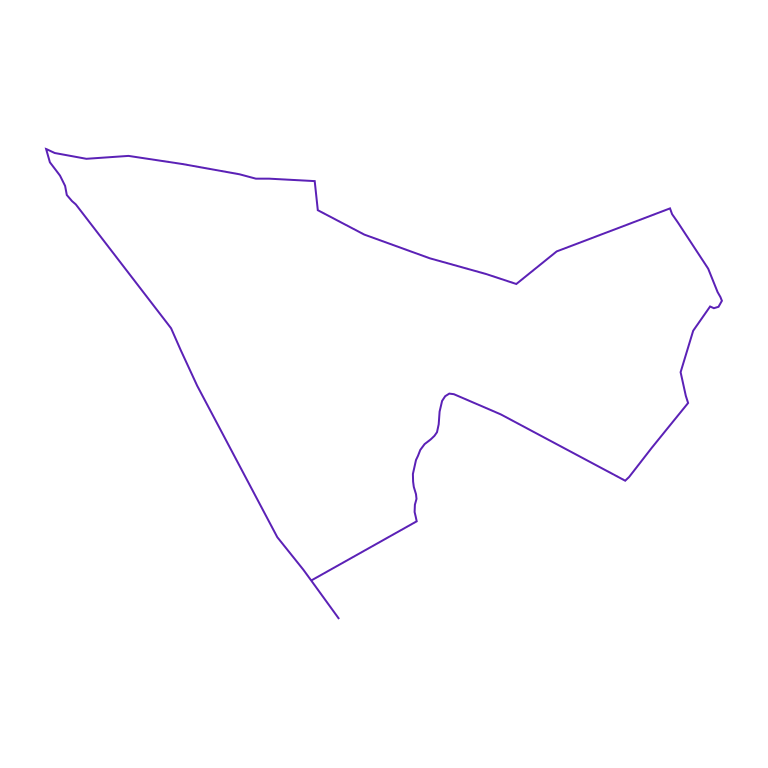 outline of Al Mafaza, Gedarif, Sudan
{"feature_id": "16777658B27903182599838", "entity_name": "Al Mafaza", "entity_type": "district", "adm_level": 2, "iso_a3": "SDN", "parent_name": "Sudan", "parent_adm1": "Gedarif", "projection": "equal_earth", "projection_center": [34.504, 13.606], "detail": "fine", "context": "isolated", "style": "outline", "palette": "violet", "viewbox_px": 768, "rotation_deg": 0, "n_neighbors": 0, "source": "geoboundaries", "source_scale": "gbopen_adm2", "svg_char_len": 1004}
<svg xmlns="http://www.w3.org/2000/svg" viewBox="0 0 768 768"><path d="M339.1,619.0L311.2,580.5L416.7,521.3L415.6,516.2L414.6,512.0L414.9,504.7L416.5,498.9L416.0,494.2L413.8,486.9L413.1,481.6L412.9,474.0L416.0,460.0L418.0,455.8L420.3,449.9L424.6,444.1L430.7,439.4L434.4,435.9L437.0,432.2L438.7,424.3L439.6,411.6L442.1,400.9L445.2,396.2L449.3,393.6L453.9,394.2L500.8,414.4L625.2,480.7L629.1,477.0L651.6,448.0L666.5,429.6L688.1,403.0L685.8,395.8L680.6,372.2L693.2,330.7L710.1,306.5L713.9,308.2L718.5,306.8L721.9,300.8L720.4,297.0L717.6,292.1L708.2,268.7L677.9,222.5L672.1,214.2L670.0,208.4L556.7,251.4L516.3,284.0L486.0,274.0L429.8,258.3L364.3,234.6L317.8,210.2L314.7,181.1L269.7,178.7L256.0,178.7L239.6,174.3L182.2,164.0L128.5,155.9L86.4,158.8L54.7,153.0L46.4,149.1L46.1,149.0L49.9,162.3L55.3,169.4L60.0,175.6L65.1,185.9L66.8,195.0L72.0,201.1L75.8,204.4L171.1,328.3L180.7,350.1L197.2,385.8L215.9,421.1L277.3,537.2L303.4,569.8L311.2,580.5L339.1,619.0Z" fill="none" stroke="#5b21b6" stroke-width="2"/></svg>